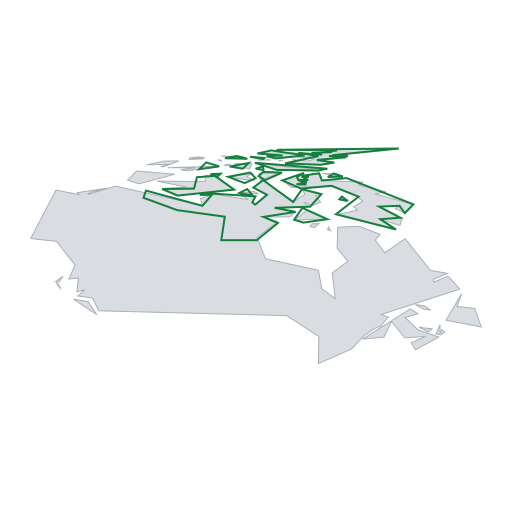 Nunavut highlighted on a map of Canada
{"feature_id": "CAN-634", "entity_name": "Nunavut", "entity_type": "Territory", "adm_level": 1, "iso_a3": "CAN", "parent_name": "Canada", "parent_adm1": "", "projection": "equal_earth", "projection_center": [-85.605, 67.518], "detail": "medium", "context": "in_parent", "style": "outline", "palette": "green", "viewbox_px": 512, "rotation_deg": 0, "n_neighbors": 0, "source": "natural_earth", "source_scale": "10m", "svg_char_len": 5589}
<svg xmlns="http://www.w3.org/2000/svg" viewBox="0 0 512 512"><path d="M75.0,265.1L56.5,241.4L30.7,238.5L56.0,190.1L79.2,194.6L77.3,192.6L107.8,188.1L92.0,191.9L87.8,193.8L88.6,194.3L115.5,186.1L202.3,205.6L200.7,198.6L211.4,195.0L199.8,195.0L209.9,193.5L248.1,199.6L243.1,196.1L248.8,195.4L255.1,196.6L252.5,202.3L255.2,204.5L266.6,194.9L253.5,187.7L262.8,180.1L293.8,201.7L305.1,194.1L302.3,189.3L321.3,194.3L315.5,195.7L320.7,202.2L311.9,205.7L306.7,202.7L305.3,202.4L304.1,203.0L309.8,206.5L274.9,207.8L295.2,211.6L290.1,216.9L263.8,217.1L277.6,221.7L257.1,237.3L265.4,258.7L318.4,270.3L321.8,288.8L335.2,298.6L332.3,272.9L347.9,261.3L337.1,248.2L337.7,227.3L358.8,226.2L380.2,234.4L375.2,240.1L384.8,252.7L405.1,238.7L430.4,270.4L447.5,273.4L433.2,279.4L434.0,282.0L448.0,276.1L459.8,289.1L381.2,314.5L388.2,317.0L380.8,326.2L375.8,327.9L364.6,335.2L351.4,349.1L318.5,363.5L318.8,336.5L286.7,315.6L98.8,310.8L92.4,297.9L77.7,296.0L84.6,289.9L76.8,291.7L78.6,278.1L68.9,279.0L75.0,265.1ZM297.5,184.2L305.2,184.1L302.5,175.7L318.8,173.4L322.1,180.5L362.6,182.1L358.7,185.0L386.2,191.9L374.7,193.8L413.2,204.3L404.5,213.0L395.3,208.7L399.1,206.0L379.4,206.5L402.0,219.5L399.8,225.4L380.7,219.5L394.7,229.6L336.6,214.7L357.7,210.2L353.4,206.7L362.8,201.3L354.5,194.5L330.6,186.0L291.7,187.5L282.7,180.3L304.4,173.1L297.3,177.0L304.4,182.8L297.5,184.2ZM277.7,149.9L398.4,148.5L330.3,156.0L347.2,156.9L316.4,161.1L333.2,162.5L321.8,164.7L285.4,163.6L296.9,161.4L292.0,159.6L306.4,160.9L310.0,160.7L314.1,159.0L296.9,156.8L311.3,156.8L317.5,156.3L298.2,153.0L322.5,154.6L312.3,152.8L336.8,151.6L329.3,151.4L336.5,150.3L277.7,149.9ZM156.9,181.1L205.3,181.6L205.0,175.5L212.5,175.3L234.0,189.4L178.6,195.5L162.2,188.4L187.1,187.2L156.9,181.1ZM404.9,337.8L391.5,321.5L384.0,337.1L362.7,339.0L410.4,308.9L417.9,313.8L405.0,317.5L418.4,330.1L438.8,337.0L415.4,349.9L411.2,342.7L425.7,336.4L404.9,337.8ZM136.6,171.0L174.8,174.2L139.1,183.8L127.6,180.2L136.6,171.0ZM257.0,153.3L293.5,152.7L304.1,155.4L278.1,158.5L267.1,156.3L278.8,155.2L257.0,153.3ZM255.2,162.8L288.0,167.1L327.9,169.0L276.9,169.9L255.2,162.8ZM167.8,167.7L218.9,166.2L188.1,170.8L180.6,169.8L195.2,167.9L167.8,167.7ZM461.8,293.4L457.0,306.5L474.7,308.5L481.3,327.0L446.1,320.2L461.8,293.4ZM228.4,177.0L252.9,173.1L246.8,176.3L254.1,180.8L228.4,177.0ZM294.4,220.1L306.9,210.3L327.1,219.0L294.4,220.1ZM259.2,173.4L281.6,172.8L260.3,180.0L259.2,173.4ZM178.8,160.9L170.6,164.3L146.8,164.8L164.2,161.1L178.8,160.9ZM251.7,163.7L249.8,168.5L230.0,166.6L237.8,165.9L234.8,163.8L251.7,163.7ZM221.0,155.9L243.3,156.9L247.1,159.0L221.0,155.9ZM73.4,299.1L88.1,301.7L96.8,314.5L73.4,299.1ZM322.0,173.5L337.6,174.2L342.7,176.6L322.0,173.5ZM239.5,192.9L254.2,191.5L258.6,193.9L239.5,192.9ZM263.1,166.5L264.2,170.0L255.7,168.6L263.1,166.5ZM254.0,156.8L263.7,158.8L250.1,156.9L254.0,156.8ZM341.8,196.7L349.1,200.4L339.9,200.1L341.8,196.7ZM192.7,159.0L203.7,158.8L188.5,159.5L192.7,159.0ZM221.0,173.9L213.9,174.9L210.8,174.1L221.0,173.9ZM440.0,324.7L439.9,333.6L441.8,329.6L444.8,332.1L440.5,334.8L436.0,333.9L440.0,324.7ZM199.2,156.9L205.1,157.9L189.0,158.0L199.2,156.9ZM430.7,310.1L423.9,309.2L415.4,304.6L424.4,305.8L430.7,310.1ZM319.0,223.6L314.3,227.7L309.9,226.5L312.4,223.8L319.0,223.6ZM55.4,281.7L62.9,276.3L59.2,282.0L55.4,281.7ZM258.1,160.1L269.2,159.7L271.0,160.0L258.1,160.1ZM230.8,164.2L228.0,166.0L223.7,164.9L230.8,164.2ZM418.8,326.9L422.9,327.8L432.1,328.8L428.2,332.0L418.8,326.9ZM328.6,226.9L330.5,230.8L327.6,229.8L328.6,226.9ZM169.2,164.9L163.0,166.8L160.7,166.5L169.2,164.9ZM283.1,160.2L279.7,161.0L278.9,160.3L283.1,160.2ZM221.1,160.1L221.1,161.4L218.0,159.8L221.1,160.1ZM56.1,282.8L58.6,284.5L61.0,289.3L56.1,282.8Z" fill="#d9dde1" stroke="#a8b0b8" stroke-width="1"/><path d="M209.7,193.4L255.5,196.4L252.3,202.3L255.0,204.6L255.8,204.2L267.0,194.8L253.4,187.6L263.1,180.1L293.1,202.0L302.0,189.2L321.4,194.1L310.1,206.7L274.6,207.8L295.6,211.9L263.4,216.9L277.9,223.0L256.7,240.2L221.3,240.2L224.8,216.7L177.1,210.1L143.5,197.8L146.0,190.6L202.4,205.8L211.9,194.8L199.8,194.9L209.7,193.4ZM336.0,214.2L358.6,196.7L331.5,185.8L301.0,188.6L282.3,180.4L303.9,173.0L297.0,177.1L298.3,180.1L305.2,183.0L303.6,183.0L296.5,184.3L305.4,184.6L306.1,181.5L303.3,181.4L302.0,180.5L300.0,180.1L299.9,180.0L308.1,180.0L301.5,176.5L308.9,177.0L302.4,175.7L319.2,173.3L321.9,180.5L346.7,178.1L413.4,204.4L404.8,213.2L399.5,205.8L379.0,206.6L400.5,217.7L380.3,219.2L396.0,229.5L336.0,214.2ZM398.8,148.5L332.3,155.2L346.9,155.6L347.0,156.0L329.0,156.0L346.4,157.3L316.9,159.9L334.4,162.6L320.7,164.8L285.0,163.4L318.5,156.1L298.2,152.9L322.1,154.7L311.5,152.8L332.1,152.2L324.4,152.1L337.1,150.3L276.6,149.8L398.8,148.5ZM197.0,177.2L215.1,175.9L234.1,189.6L177.6,195.6L162.2,189.1L194.0,188.6L197.0,177.2ZM257.5,153.5L271.4,150.4L304.6,155.5L275.6,158.4L266.6,156.2L282.6,155.5L257.5,153.5ZM327.2,168.7L317.9,170.6L276.9,169.9L254.9,162.8L327.2,168.7ZM255.7,178.2L244.6,183.1L228.2,176.8L250.2,172.6L255.7,178.2ZM327.4,219.2L303.4,222.6L294.2,219.7L302.4,207.9L327.4,219.2ZM281.9,172.6L265.2,180.2L258.5,176.1L263.2,171.9L281.9,172.6ZM248.7,163.0L242.8,168.7L229.7,166.5L248.7,163.0ZM199.2,169.2L206.2,162.4L219.2,166.4L199.2,169.2ZM224.9,158.2L236.9,156.0L247.3,158.8L224.9,158.2ZM327.8,177.0L333.7,173.5L342.8,176.5L327.8,177.0ZM247.3,189.1L252.8,195.7L239.3,193.0L247.3,189.1ZM263.0,166.4L263.4,170.0L255.6,168.7L263.0,166.4ZM263.2,159.1L250.0,156.8L264.3,158.0L263.2,159.1ZM342.0,196.5L347.4,201.1L339.4,199.2L342.0,196.5ZM220.6,173.7L217.4,176.7L214.2,175.0L210.4,174.2L220.6,173.7Z" fill="none" stroke="#15803d" stroke-width="2"/></svg>